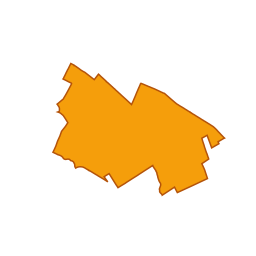 Stoenesti, Olt, Romania, rotated 238°
{"feature_id": "2599482B16432204852873", "entity_name": "Stoenesti", "entity_type": "district", "adm_level": 2, "iso_a3": "ROU", "parent_name": "Romania", "parent_adm1": "Olt", "projection": "albers", "projection_center": [24.481, 44.1], "detail": "fine", "context": "isolated", "style": "filled", "palette": "amber", "viewbox_px": 256, "rotation_deg": 238, "n_neighbors": 0, "source": "geoboundaries", "source_scale": "gbopen_adm2", "svg_char_len": 5282}
<svg xmlns="http://www.w3.org/2000/svg" viewBox="0 0 256 256"><g transform="rotate(238 128 128)"><path d="M83.7,201.1L84.0,201.0L85.5,200.3L87.0,199.6L88.3,199.0L89.8,198.2L90.1,198.1L90.7,197.8L91.3,197.5L91.8,197.2L92.2,197.1L93.1,196.6L94.2,196.0L95.0,195.7L95.8,195.2L96.7,194.8L97.8,194.3L98.6,193.9L99.6,193.4L100.4,193.0L101.2,192.6L102.4,192.0L103.3,191.6L104.5,191.0L105.4,190.5L106.0,190.2L106.5,190.0L106.8,189.8L107.1,189.8L107.3,189.7L107.6,189.4L107.9,189.3L108.1,189.2L108.3,189.2L108.5,189.2L108.7,188.9L108.9,188.9L109.3,188.7L110.2,188.2L111.9,187.4L113.1,186.8L114.3,186.2L114.8,186.0L117.4,184.7L118.3,184.2L119.9,183.4L121.0,182.9L122.4,182.2L122.9,181.9L123.5,181.8L124.3,181.5L124.6,181.4L125.9,181.0L128.1,180.3L129.7,179.8L137.6,177.4L138.0,177.3L138.4,177.0L139.0,176.4L140.2,175.7L141.3,174.9L142.2,174.4L147.1,171.2L150.7,168.6L151.2,168.3L152.1,167.6L152.9,167.0L153.7,166.5L154.5,165.9L156.8,164.3L157.5,163.8L158.1,163.3L158.6,162.9L158.8,162.8L159.0,162.7L158.7,161.7L158.2,161.2L157.5,160.1L156.9,159.3L156.5,158.6L155.8,157.6L155.2,156.7L154.7,156.1L154.5,155.7L153.1,153.7L151.7,151.8L150.1,149.5L149.2,148.2L148.2,146.8L147.1,145.1L146.0,143.4L154.9,141.0L155.5,140.8L156.3,140.6L157.0,140.4L157.7,140.2L158.3,140.0L159.2,139.8L160.2,139.5L161.1,139.3L162.0,139.0L163.2,138.7L164.3,138.4L167.0,137.6L167.3,137.5L167.6,137.5L168.2,137.4L168.9,137.1L169.6,136.9L170.1,136.8L170.7,136.6L171.3,136.5L171.8,136.3L172.4,136.1L173.1,136.0L173.7,135.8L174.4,135.6L175.0,135.4L175.9,135.2L176.4,135.0L176.7,135.0L176.8,134.9L177.0,134.9L177.3,134.7L177.5,134.6L177.8,134.6L178.0,134.5L178.3,134.4L178.5,134.3L178.6,134.2L178.8,134.1L179.0,134.1L179.0,134.3L180.3,134.0L181.3,133.7L182.8,133.3L184.2,132.9L185.5,132.5L186.7,132.2L188.0,131.9L189.3,131.5L188.7,129.9L187.3,126.1L186.9,125.0L198.1,120.9L198.8,120.5L199.6,120.0L201.6,119.0L202.0,118.8L203.3,118.3L205.0,117.7L205.3,117.5L205.6,117.4L205.8,117.3L206.1,117.2L206.4,117.0L206.7,116.9L207.1,116.8L207.3,116.7L207.7,116.5L208.8,116.0L209.0,115.9L209.2,115.7L209.3,115.7L209.5,115.4L209.7,115.5L209.8,115.6L213.0,113.7L209.6,108.2L209.3,107.5L208.7,106.6L208.1,105.6L207.9,105.2L207.2,104.2L206.6,103.2L205.9,102.2L205.5,101.4L205.1,100.8L204.5,99.9L204.1,99.3L204.0,98.9L203.2,99.3L202.2,100.0L201.5,100.4L200.9,100.8L200.0,101.3L199.0,101.9L198.0,102.5L197.3,103.0L196.4,103.5L196.1,103.7L195.6,103.7L195.3,103.4L194.3,101.8L193.5,100.4L192.2,98.2L190.5,95.2L188.9,92.3L187.6,89.7L187.0,88.7L186.8,88.2L186.8,87.6L186.3,84.2L186.0,82.3L185.8,80.5L185.1,80.6L184.5,80.6L183.7,80.6L183.0,80.6L181.9,80.6L181.2,80.3L180.7,80.1L180.1,79.7L179.5,79.3L179.1,79.0L178.7,78.8L178.6,78.6L178.5,78.3L178.5,78.1L178.6,77.7L178.7,77.4L178.8,76.9L177.7,77.8L176.4,78.6L173.6,79.5L172.7,79.7L169.0,79.8L165.9,79.8L164.4,79.8L162.5,75.8L160.4,69.9L157.3,66.0L154.2,61.3L150.9,57.2L148.3,53.3L147.2,51.5L145.4,52.6L144.2,53.4L142.5,54.4L142.5,54.5L141.9,54.9L141.5,55.3L141.0,55.7L140.4,56.1L139.9,56.4L139.2,56.7L138.7,56.9L138.2,57.0L137.7,57.1L137.1,57.1L136.5,57.1L136.1,57.2L135.8,57.3L135.5,57.5L135.2,57.7L134.9,57.9L134.6,58.2L134.4,58.5L134.1,59.1L133.9,59.7L133.6,60.3L133.2,60.9L132.8,61.4L132.5,61.7L132.1,61.8L131.5,62.0L131.0,62.0L130.6,62.2L130.4,62.4L130.1,62.7L129.7,63.1L129.4,63.3L128.8,63.5L128.5,63.7L128.0,63.8L127.3,63.7L126.9,63.6L126.5,63.7L125.8,63.6L124.9,63.2L124.0,62.8L123.5,62.5L122.8,62.4L122.1,62.4L121.7,62.4L121.7,62.8L121.7,63.5L121.5,64.5L121.3,65.1L121.0,65.9L120.6,66.7L120.1,67.5L119.6,68.1L119.2,68.6L118.7,69.1L118.1,69.5L117.4,70.0L116.6,70.4L115.4,71.0L115.0,71.2L114.7,71.4L114.5,71.5L113.1,72.1L113.3,72.2L111.0,73.4L107.6,75.1L105.4,76.2L104.5,76.7L103.2,77.3L97.8,80.1L94.0,81.9L93.0,82.3L99.3,81.9L99.3,82.4L99.4,84.2L99.3,87.8L96.8,87.8L96.2,87.8L93.7,87.8L91.0,87.8L88.3,87.8L86.1,87.8L84.1,87.9L82.7,87.9L82.7,88.2L82.7,88.7L82.7,89.4L82.7,89.7L82.7,91.3L82.6,96.3L82.7,97.6L82.8,105.8L82.8,111.3L82.9,113.0L82.9,115.2L83.0,119.7L83.1,128.5L83.1,129.1L82.4,128.9L82.2,128.8L81.7,128.9L81.1,129.0L80.8,129.0L80.1,128.9L79.3,129.0L77.9,129.0L77.4,129.1L77.0,129.0L76.7,128.9L76.3,128.8L75.4,128.8L75.1,128.8L74.7,128.7L74.4,128.5L74.0,128.4L73.2,128.1L72.9,127.9L72.7,127.9L72.4,127.9L72.2,127.9L70.4,127.2L68.2,126.6L67.1,126.4L66.1,126.2L64.8,126.2L64.5,126.2L63.8,126.2L63.0,125.9L62.6,125.7L62.3,125.5L61.6,124.8L61.1,124.1L60.5,123.4L60.0,122.7L59.6,122.3L59.5,122.2L59.3,122.1L59.1,122.1L58.8,122.0L58.6,121.9L58.4,121.8L58.2,121.7L57.8,121.4L57.6,121.4L57.4,121.2L57.2,121.1L56.9,121.0L56.7,121.0L56.3,121.1L56.0,121.1L55.8,121.1L55.6,121.1L55.3,121.2L55.1,121.3L54.8,121.3L54.6,121.4L54.3,121.4L54.2,121.4L53.8,121.5L53.6,121.5L53.3,121.5L53.1,121.6L52.9,121.5L53.2,136.1L47.1,135.6L46.1,143.4L45.1,151.2L43.0,168.6L45.4,169.2L50.3,170.4L51.8,170.8L55.3,171.3L58.6,171.7L58.9,180.0L59.6,180.2L59.9,180.3L60.3,180.4L60.6,180.4L61.0,180.5L61.6,180.6L62.3,180.8L63.1,181.0L63.9,181.2L64.3,181.3L65.1,181.4L66.2,181.6L66.5,181.7L67.2,181.8L68.6,182.2L70.9,182.7L73.3,183.4L76.7,184.2L80.2,185.2L79.9,191.2L70.3,189.2L66.8,188.4L66.5,196.8L68.6,197.1L68.4,203.8L68.3,204.5L68.6,204.4L69.3,204.2L70.3,204.0L71.7,203.7L73.1,203.4L74.2,203.2L75.7,202.9L77.1,202.6L79.5,202.2L81.6,201.7L83.7,201.1Z" fill="#f59e0b" stroke="#b45309" stroke-width="1.5"/></g></svg>